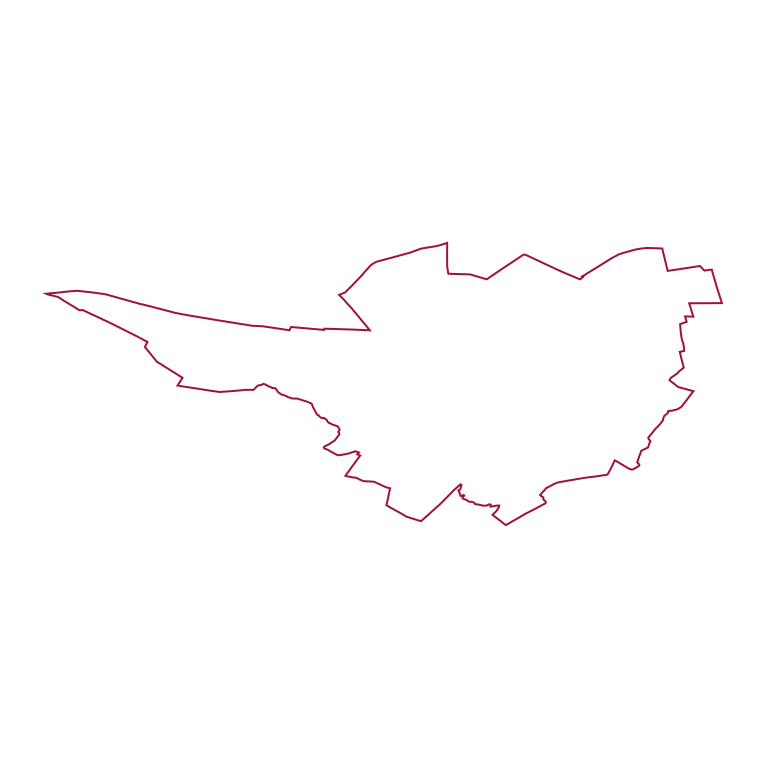 Gulbene, Gulbene, Latvia (Equal Earth projection)
{"feature_id": "27541924B45220335031479", "entity_name": "Gulbene", "entity_type": "district", "adm_level": 2, "iso_a3": "LVA", "parent_name": "Latvia", "parent_adm1": "Gulbene", "projection": "equal_earth", "projection_center": [26.756, 57.173], "detail": "fine", "context": "isolated", "style": "outline", "palette": "rose", "viewbox_px": 768, "rotation_deg": 0, "n_neighbors": 0, "source": "geoboundaries", "source_scale": "gbopen_adm2", "svg_char_len": 5547}
<svg xmlns="http://www.w3.org/2000/svg" viewBox="0 0 768 768"><path d="M669.6,411.2L669.6,410.8L671.8,410.7L674.7,410.0L677.3,409.3L677.9,409.1L681.4,406.8L685.6,401.4L689.2,396.7L692.3,392.6L693.5,391.2L678.1,387.0L669.5,380.2L670.6,378.1L677.5,373.2L679.5,370.9L683.8,367.7L681.5,359.0L680.1,353.1L679.8,351.9L680.9,351.8L680.9,351.6L683.3,351.1L683.9,350.5L684.1,350.6L684.2,349.7L684.1,348.7L684.0,348.0L683.9,347.2L683.6,345.5L683.3,343.7L683.3,343.4L683.1,342.8L682.7,341.8L682.3,341.0L682.0,340.0L681.5,337.3L681.0,333.6L680.7,331.5L680.1,324.1L686.6,321.9L685.1,316.4L693.3,316.7L689.2,303.3L721.9,303.1L716.6,286.5L712.5,272.3L711.8,269.6L704.8,270.5L704.4,270.6L699.9,266.0L686.4,268.1L667.7,270.9L666.5,266.1L665.0,259.8L663.7,254.6L663.5,254.0L662.3,248.5L657.7,248.3L651.6,248.1L647.1,248.0L642.2,248.4L641.6,248.5L635.6,249.5L622.9,253.0L618.4,254.6L610.8,258.7L601.9,264.3L582.1,276.5L583.0,277.0L580.1,279.4L564.8,273.0L564.1,272.7L556.3,269.2L550.2,266.3L549.1,265.8L546.0,264.4L542.0,262.5L538.2,260.7L536.2,259.8L526.9,255.4L525.9,255.0L524.5,254.6L524.1,254.5L523.8,254.6L523.4,254.7L517.4,258.7L503.5,267.9L497.0,272.3L486.7,279.3L470.1,274.4L463.8,274.2L458.8,274.1L448.3,273.7L447.2,266.6L447.1,255.5L447.2,244.4L447.1,242.9L441.7,244.7L436.5,246.1L421.1,248.6L409.9,252.7L404.7,254.1L390.1,258.1L376.0,261.9L371.3,264.7L364.7,271.9L362.5,274.6L361.4,275.8L357.2,280.2L354.7,282.8L345.2,292.4L343.0,293.3L341.8,293.8L339.1,294.9L342.1,297.8L343.8,299.5L347.7,304.1L350.9,307.4L354.7,312.0L356.2,313.7L359.4,317.6L359.5,317.7L363.1,322.1L366.0,325.6L369.8,330.3L351.2,329.5L345.3,329.3L344.8,329.3L324.3,328.7L324.1,329.9L291.0,327.0L289.5,330.3L279.4,328.7L262.1,326.2L252.5,325.8L218.0,320.3L188.6,315.4L175.8,313.0L150.1,306.3L139.6,303.8L105.3,294.2L91.2,292.3L77.2,290.8L69.0,291.4L57.3,292.7L46.1,293.7L47.6,294.4L57.8,296.9L62.5,299.8L62.7,300.0L66.0,302.0L69.1,303.9L74.1,306.9L79.3,310.2L82.8,310.1L92.8,314.8L93.6,315.1L112.6,324.1L137.0,336.4L147.4,341.9L144.9,347.0L156.9,361.7L182.5,377.8L177.5,385.6L200.3,389.1L207.0,390.2L219.8,392.0L223.8,391.7L230.6,391.2L236.8,390.7L245.0,389.9L253.0,389.9L253.6,389.8L254.2,389.2L257.2,386.1L258.3,385.5L261.8,384.7L263.3,383.9L264.0,384.0L266.3,384.9L267.3,385.7L271.7,387.6L272.4,388.0L274.7,388.0L275.7,388.6L276.7,390.2L278.5,392.5L281.6,394.6L282.9,394.9L286.4,396.1L288.3,397.4L289.9,397.5L291.2,398.2L292.7,398.5L295.3,398.6L297.0,398.5L305.8,401.3L307.2,401.7L308.2,402.1L309.4,402.7L310.6,403.2L311.9,404.1L312.5,405.8L313.1,407.4L314.6,410.1L315.4,411.5L316.9,414.5L318.7,415.5L319.1,416.1L319.7,416.7L320.8,417.6L321.4,417.8L322.0,418.0L322.7,418.1L323.6,418.0L324.2,418.1L326.1,419.5L326.8,420.0L327.4,421.3L328.6,422.7L328.9,422.8L333.0,424.8L335.6,425.6L336.9,426.1L337.5,426.3L338.2,427.0L338.7,427.9L338.9,428.3L339.5,429.3L339.5,430.2L339.4,430.4L338.8,431.2L338.3,432.0L338.3,432.4L338.9,432.8L339.2,433.2L339.4,434.2L338.6,435.3L337.4,437.0L335.7,439.2L334.2,441.0L332.9,441.6L330.6,443.2L328.4,444.6L325.4,446.0L324.1,446.7L323.9,447.1L323.8,447.4L323.9,447.8L324.8,448.8L326.7,449.3L327.8,449.8L330.3,451.3L334.4,453.5L337.9,455.3L341.3,454.9L347.3,453.8L350.3,453.0L354.8,451.4L356.0,451.5L357.4,452.2L358.4,452.3L359.0,452.6L357.3,454.4L360.2,455.5L352.8,465.6L345.4,475.8L348.4,476.5L351.6,477.2L353.1,477.5L354.2,477.6L356.1,477.7L357.4,478.3L358.9,479.2L359.9,479.6L361.6,480.4L363.8,481.2L370.2,481.5L373.7,481.7L375.2,482.3L382.0,485.4L385.0,486.8L386.4,487.4L390.1,488.3L387.3,501.4L386.4,505.2L394.1,509.6L401.9,513.9L402.7,514.4L405.8,516.3L406.8,516.8L413.9,519.0L421.1,521.2L422.0,520.3L427.7,515.3L433.3,510.2L441.0,503.3L447.3,496.9L453.6,490.4L460.3,484.5L460.4,484.9L461.5,485.2L461.0,486.5L460.8,487.4L460.3,489.4L458.4,490.3L459.8,493.4L460.4,495.8L461.3,495.9L462.6,495.3L463.5,495.1L464.2,495.4L463.8,496.1L462.6,497.0L462.4,497.9L463.3,498.7L464.2,499.3L465.3,499.5L466.3,499.8L467.2,500.4L468.1,501.3L470.0,501.8L471.3,501.8L472.9,502.1L474.5,502.9L474.9,504.0L475.2,504.1L476.2,504.3L477.7,504.4L480.4,505.0L482.7,505.6L486.2,505.7L489.1,504.4L490.3,504.4L490.8,504.7L490.4,506.5L491.6,506.5L495.6,505.8L496.8,505.6L499.2,505.5L499.1,506.5L498.6,507.7L496.5,511.0L492.5,514.8L499.6,520.3L505.8,525.1L506.0,525.0L511.2,522.0L514.2,520.3L522.2,515.7L526.3,513.3L533.9,509.5L545.1,503.5L545.6,503.2L545.7,501.7L545.5,501.3L545.2,500.9L544.7,500.7L544.2,500.3L543.8,499.9L543.4,499.4L543.5,499.3L543.4,498.5L543.3,497.5L542.9,497.1L542.1,496.6L541.4,496.3L541.2,496.1L540.1,495.0L541.0,494.0L541.7,493.2L544.5,490.1L544.9,489.9L545.8,488.4L551.3,485.5L553.3,484.4L556.7,482.8L560.2,482.0L566.0,481.0L573.0,479.8L580.0,478.6L583.1,478.1L588.4,477.3L594.0,476.7L599.8,475.8L606.9,474.8L607.7,474.2L610.0,470.1L611.5,467.3L614.7,460.4L616.0,461.0L618.1,462.2L620.5,463.6L623.2,465.2L627.2,467.7L628.9,468.7L630.9,469.3L631.6,469.6L633.1,469.4L634.4,468.7L634.7,468.4L635.1,468.2L635.8,467.9L636.2,467.5L636.6,467.4L637.6,466.7L637.8,466.4L638.5,466.2L638.8,466.0L639.1,465.5L639.4,465.2L639.4,464.9L639.1,464.3L638.4,463.7L638.0,463.1L637.6,462.8L637.2,462.3L638.0,460.3L638.8,457.7L639.0,456.8L640.1,454.3L641.2,450.9L641.8,450.5L647.2,447.9L647.9,447.7L648.1,447.3L648.3,446.5L649.2,444.3L649.4,443.2L650.3,441.5L650.4,441.2L650.1,440.8L649.6,440.2L648.3,438.3L648.3,437.7L649.6,436.1L655.4,428.9L658.0,426.3L659.9,424.3L660.8,423.2L663.1,420.1L663.1,418.9L664.1,416.2L664.4,415.9L667.4,413.3L667.9,412.9L667.9,412.7L667.9,412.1L667.9,411.9L667.9,411.3L668.7,411.3L669.6,411.2Z" fill="none" stroke="#9f1239" stroke-width="2"/></svg>